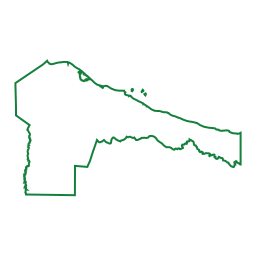 outline of Aitape/Lumi District, Sandaun, Papua New Guinea
{"feature_id": "67681753B88844434535712", "entity_name": "Aitape/Lumi District", "entity_type": "district", "adm_level": 2, "iso_a3": "PNG", "parent_name": "Papua New Guinea", "parent_adm1": "Sandaun", "projection": "robinson", "projection_center": [142.359, -3.333], "detail": "fine", "context": "isolated", "style": "outline", "palette": "green", "viewbox_px": 256, "rotation_deg": 0, "n_neighbors": 0, "source": "geoboundaries", "source_scale": "gbopen_adm2", "svg_char_len": 5710}
<svg xmlns="http://www.w3.org/2000/svg" viewBox="0 0 256 256"><path d="M240.6,132.8L239.5,133.4L237.4,133.9L236.8,133.5L233.3,133.3L232.1,133.0L229.4,131.9L229.0,130.8L227.8,130.5L226.1,130.4L221.6,130.8L220.3,130.7L219.6,130.5L218.8,129.9L218.4,130.0L218.1,129.6L216.3,129.5L214.9,128.3L208.7,127.7L203.8,126.7L200.1,125.1L197.0,123.0L196.4,123.1L196.2,122.8L191.8,121.8L189.4,121.5L186.4,120.8L183.6,119.8L180.1,118.2L178.6,117.7L177.9,117.7L177.5,117.3L175.4,116.4L173.3,115.9L171.2,115.1L169.6,114.1L168.5,113.0L167.7,112.9L167.3,112.5L166.4,112.3L163.6,112.2L159.4,111.0L157.4,111.0L154.2,110.7L153.8,110.3L151.9,109.6L150.9,109.0L147.8,106.6L146.9,106.5L147.0,106.2L146.0,105.5L143.8,104.1L143.4,104.2L143.5,103.7L142.7,103.1L138.5,101.2L136.9,100.3L133.4,98.6L130.1,95.7L129.1,96.1L129.1,95.9L129.4,95.7L128.4,95.5L125.6,94.8L124.9,93.9L125.0,92.8L124.9,92.5L125.3,92.6L125.4,92.4L124.3,91.4L124.1,90.7L119.8,90.7L116.9,90.4L115.1,90.1L111.1,88.5L107.2,86.0L106.6,86.1L106.2,85.8L103.2,86.2L102.9,86.4L103.1,87.1L102.9,87.4L103.0,87.7L102.6,87.9L101.0,86.7L100.9,86.4L100.2,86.3L99.6,85.8L101.6,86.2L102.6,86.2L97.3,84.7L95.8,83.7L94.0,82.3L92.8,81.0L87.9,76.5L84.6,73.9L83.4,72.7L83.3,72.9L83.6,73.3L83.6,73.7L84.0,73.7L83.8,74.1L83.9,74.3L84.2,74.1L85.3,74.9L88.0,76.9L90.2,79.1L90.3,79.3L89.5,79.3L88.9,79.0L88.3,79.5L88.1,79.4L88.1,78.9L87.8,79.2L87.8,79.8L87.1,80.3L86.3,79.7L86.5,79.2L86.4,79.1L85.5,79.5L85.4,80.0L85.7,80.5L84.5,80.5L84.1,81.1L83.8,81.1L83.6,80.7L83.0,80.8L82.7,80.6L81.7,80.4L81.6,80.0L81.4,80.0L80.9,79.4L80.6,79.4L80.4,78.9L80.4,77.7L79.9,77.2L80.1,76.4L79.8,75.7L79.7,74.9L79.9,74.5L80.7,73.8L81.1,72.8L80.6,73.1L80.1,73.0L80.0,72.6L79.8,72.5L79.6,72.8L79.0,72.9L78.5,72.2L78.8,71.9L79.2,71.7L80.4,70.8L80.8,70.8L82.6,72.3L82.4,71.7L79.1,69.2L77.1,68.2L74.7,66.6L72.5,64.6L69.2,62.5L68.0,62.3L68.2,63.4L68.1,63.7L67.8,62.5L67.4,62.0L63.6,61.9L61.4,62.2L60.8,62.5L60.4,62.3L59.3,62.4L56.8,62.9L52.6,64.1L50.5,64.1L49.3,63.6L49.1,63.1L47.5,61.8L47.1,60.8L43.1,64.4L15.4,83.1L16.0,107.7L16.0,115.4L29.6,125.1L28.9,126.1L28.8,126.8L27.9,128.2L27.4,129.7L27.8,129.8L28.4,131.4L29.9,133.8L29.9,135.0L29.3,135.6L29.2,136.3L29.4,136.6L29.1,137.4L29.5,138.0L29.9,138.2L29.6,138.7L29.7,139.0L30.3,139.3L30.5,140.3L30.2,140.4L30.3,140.7L30.2,141.2L29.7,141.4L29.9,142.1L29.6,143.0L28.8,143.2L28.6,143.5L28.6,144.4L28.4,144.8L28.5,145.0L28.4,145.4L28.8,145.5L28.5,145.8L28.5,146.6L28.2,147.0L28.8,147.4L28.8,148.1L28.3,149.4L27.9,149.8L27.6,151.8L27.9,152.7L28.0,153.7L28.2,153.9L27.6,155.1L27.5,155.9L28.2,158.5L27.7,159.1L28.2,159.6L28.2,160.5L28.6,160.4L29.1,160.7L29.5,161.9L29.3,162.6L28.9,163.1L28.8,164.4L29.0,165.3L28.7,166.1L27.9,166.3L27.6,166.0L27.0,166.2L26.5,167.0L26.5,167.4L26.0,167.4L26.0,167.9L26.4,169.0L26.3,169.7L26.1,169.7L25.8,169.3L25.4,169.6L25.0,170.8L25.2,171.3L25.9,171.7L25.7,172.1L25.7,173.1L25.3,173.2L25.6,173.6L25.3,174.7L25.0,175.0L24.2,174.8L24.5,175.9L24.1,176.2L24.2,176.6L24.6,177.0L24.3,178.0L24.8,178.2L24.6,178.6L24.8,178.9L24.5,179.3L24.5,179.9L24.9,179.9L24.8,181.0L24.3,182.3L25.7,181.9L25.8,182.6L25.4,183.9L26.2,185.2L26.1,185.5L24.9,186.3L24.8,186.7L25.6,186.2L25.9,186.5L26.1,188.0L25.8,188.9L26.5,189.5L25.7,189.4L25.9,189.9L25.5,191.3L25.7,192.1L25.4,192.7L26.0,193.6L26.0,194.5L74.9,195.2L75.0,165.9L87.4,166.9L88.0,165.3L90.0,160.9L92.9,151.8L97.0,140.0L98.6,141.9L99.3,142.3L100.2,142.2L102.0,141.5L104.0,140.0L105.8,141.9L106.7,142.5L107.3,142.5L109.3,143.5L110.1,143.5L110.7,143.3L111.0,142.8L111.3,140.3L111.8,139.0L112.9,137.6L113.8,137.5L116.4,139.6L117.8,140.4L120.4,141.4L121.0,140.6L121.6,140.3L123.1,140.1L124.8,139.1L125.8,138.1L126.7,136.7L127.6,137.2L128.4,137.2L129.2,136.8L129.9,136.7L132.7,137.9L133.6,137.9L134.3,137.5L134.6,137.9L134.7,138.5L135.3,138.8L136.1,140.0L137.5,140.0L139.5,139.1L140.5,138.8L141.3,138.0L141.9,137.8L143.5,137.9L144.1,137.7L145.9,138.0L147.0,137.8L148.2,137.5L149.4,136.1L151.9,135.9L154.5,136.8L156.2,138.4L157.5,140.4L159.8,142.1L161.8,143.3L163.8,145.4L165.4,146.6L166.6,147.2L169.5,147.2L171.2,147.9L172.5,149.1L174.1,149.7L174.7,149.5L175.0,148.9L175.8,148.5L176.2,148.6L177.3,149.2L178.3,148.4L178.9,148.6L179.4,148.5L179.8,149.1L180.4,149.2L183.0,147.9L182.8,147.2L182.2,146.8L181.9,145.8L181.9,145.4L182.5,144.6L183.0,144.8L184.2,144.6L184.7,143.8L185.3,143.4L185.9,143.7L186.4,143.4L186.7,143.7L187.0,143.1L186.8,142.2L186.9,141.6L187.7,141.4L188.0,141.6L189.2,141.2L189.4,140.8L189.5,139.4L190.6,140.2L191.0,140.1L191.5,140.7L192.4,140.9L193.3,141.7L193.8,142.6L193.8,143.5L194.2,145.0L194.5,145.3L195.7,145.4L196.2,146.4L197.0,147.1L196.8,147.6L197.5,149.1L198.9,149.7L199.1,150.2L199.1,151.0L200.0,152.1L200.4,152.1L201.0,151.5L201.4,151.5L201.9,151.9L202.5,152.1L202.6,152.7L202.3,153.3L202.5,153.7L203.2,153.4L203.4,153.9L204.5,153.8L205.5,153.2L208.6,153.3L209.8,153.7L210.1,154.2L209.3,155.4L209.4,156.1L209.6,156.2L210.6,154.8L211.8,155.4L213.0,154.6L214.2,154.6L214.6,155.0L214.4,155.6L214.5,157.1L215.5,157.0L215.7,158.4L216.3,158.8L217.1,158.9L218.1,158.4L218.4,157.9L218.4,157.3L218.9,156.8L220.5,157.7L221.3,158.1L222.0,158.0L222.7,158.4L223.1,160.4L225.4,160.9L227.5,162.6L228.4,162.6L228.9,163.8L230.8,166.0L231.9,166.6L232.6,166.7L233.3,167.1L233.8,166.9L234.2,166.4L234.6,164.7L235.3,164.6L235.2,163.8L234.3,162.7L234.6,162.0L235.7,161.2L236.4,161.2L236.7,161.6L236.8,162.5L238.8,163.2L240.0,164.4L240.6,164.5L240.6,132.8ZM132.2,91.2L132.9,90.2L132.9,89.4L132.6,89.0L131.8,89.2L131.6,89.6L131.7,91.0L132.2,91.2ZM143.4,90.9L143.3,90.3L142.7,89.8L142.2,90.8L141.8,91.1L141.6,91.9L141.8,92.1L142.0,92.0L142.8,91.1L143.3,91.1L143.4,90.9ZM145.4,95.4L145.7,94.7L145.8,93.6L145.6,93.4L144.4,94.1L145.0,95.1L145.4,95.4Z" fill="none" stroke="#15803d" stroke-width="2"/></svg>